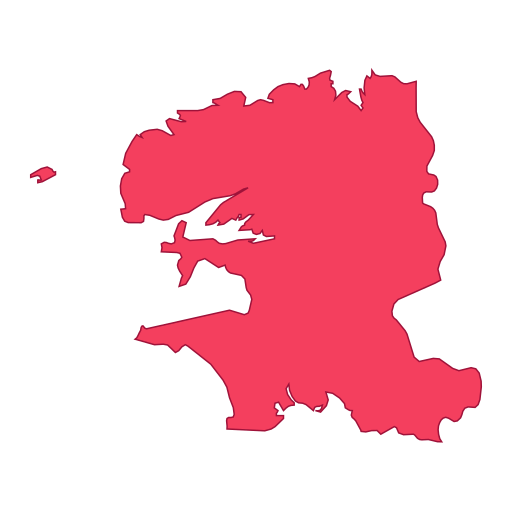 an SVG outline of Finistère
{"feature_id": "FRA-5292", "entity_name": "Finistère", "entity_type": "Metropolitan department", "adm_level": 1, "iso_a3": "FRA", "parent_name": "France", "parent_adm1": "", "projection": "mercator", "projection_center": [-4.177, 48.253], "detail": "fine", "context": "isolated", "style": "filled", "palette": "rose", "viewbox_px": 512, "rotation_deg": 0, "n_neighbors": 0, "source": "natural_earth", "source_scale": "10m", "svg_char_len": 5336}
<svg xmlns="http://www.w3.org/2000/svg" viewBox="0 0 512 512"><path d="M441.7,441.8L437.5,441.7L428.4,439.5L421.7,439.8L419.6,439.5L417.5,438.3L414.6,434.9L413.4,434.2L403.6,434.7L398.7,432.9L396.5,427.7L394.3,426.6L380.8,434.2L377.1,430.5L371.6,430.6L365.8,431.9L361.1,431.4L360.8,430.1L355.8,420.9L354.0,418.9L352.2,417.4L351.3,415.1L352.3,410.6L350.1,410.5L348.5,409.8L345.3,407.8L344.5,403.6L339.6,398.0L332.7,393.3L325.9,392.0L328.2,399.9L326.4,405.7L320.6,412.1L315.4,410.6L317.9,410.8L320.0,410.3L321.5,408.5L322.4,405.1L319.3,406.3L316.7,406.4L314.7,407.3L313.4,410.6L306.1,404.6L302.7,403.2L298.5,402.8L295.4,401.0L292.1,396.4L289.6,390.4L288.8,384.1L286.1,388.7L287.6,394.5L291.1,399.8L294.2,402.8L294.2,405.1L291.0,405.4L288.4,406.3L286.1,408.0L283.5,410.6L278.6,402.2L275.0,403.2L274.3,407.9L278.0,410.6L277.3,412.1L276.4,413.2L276.4,415.6L283.5,415.6L283.5,418.5L275.1,426.6L271.2,429.0L264.8,430.8L227.0,429.0L227.1,426.1L226.6,420.7L227.0,418.5L228.6,417.5L231.0,417.5L233.2,417.0L234.2,414.4L233.3,407.6L229.5,397.7L226.9,387.2L223.1,380.2L210.8,364.2L187.9,346.1L185.3,344.7L181.9,346.8L178.7,350.7L175.4,352.5L167.6,345.0L163.2,344.2L154.5,344.7L135.1,339.2L136.8,337.8L138.1,335.4L139.2,333.0L140.7,330.2L140.9,328.8L141.2,327.3L142.1,326.0L143.0,325.9L145.0,328.3L146.5,328.8L229.5,310.2L244.3,314.7L248.1,313.1L249.3,310.3L251.8,299.4L250.6,295.0L247.0,290.3L246.2,287.6L244.9,279.0L241.4,275.4L230.5,273.0L228.5,271.7L226.8,269.8L225.7,267.5L225.1,265.1L218.6,267.5L204.9,258.6L197.7,261.1L193.9,267.9L190.3,276.8L185.8,284.1L179.1,286.4L181.4,278.2L182.6,275.6L179.7,271.2L178.1,267.9L177.5,265.1L178.8,260.5L180.8,258.8L181.8,257.2L180.0,253.3L176.8,252.5L161.3,251.8L162.0,247.7L161.3,243.9L164.2,242.3L166.3,242.5L168.4,243.3L171.3,243.9L174.5,242.7L175.1,240.1L174.5,237.3L174.0,235.9L178.6,223.8L181.9,220.7L186.2,222.7L182.8,237.0L189.9,240.5L212.9,238.8L215.5,240.2L217.2,241.8L219.2,243.3L222.6,243.9L225.7,243.6L237.8,240.0L255.2,238.8L253.5,240.5L251.9,241.2L248.1,241.2L253.4,243.3L274.5,238.8L274.5,235.9L266.4,236.5L263.4,235.0L262.3,230.4L260.0,233.5L256.4,234.4L253.2,233.2L251.8,229.2L250.2,229.7L239.1,230.4L241.3,226.9L242.4,226.0L244.6,225.1L244.7,223.5L245.9,221.9L248.4,220.0L253.4,214.5L249.0,214.6L243.2,218.9L239.1,220.1L239.1,217.4L241.0,217.4L241.0,214.5L239.1,214.5L238.3,216.4L236.7,218.4L235.8,220.1L231.9,218.4L223.8,224.1L218.0,225.1L218.7,223.7L219.0,223.5L219.9,222.7L218.0,220.1L215.8,222.2L212.9,223.8L209.4,224.7L205.9,225.1L205.9,222.7L220.6,204.8L223.4,202.5L248.1,187.8L243.5,189.1L235.4,193.8L230.3,195.7L212.9,198.6L204.9,202.0L188.6,212.3L176.0,215.5L168.3,219.4L163.3,220.1L158.8,219.0L149.8,215.3L144.8,214.5L143.9,215.8L143.9,218.6L143.5,221.4L141.2,222.7L128.2,222.6L124.7,221.2L122.4,217.3L120.8,209.2L125.6,208.7L125.2,203.7L120.8,193.3L120.4,186.0L121.7,178.7L124.8,173.3L129.6,171.8L129.6,169.4L123.1,164.5L125.7,153.3L132.1,141.4L136.7,134.6L139.4,136.4L142.1,137.5L140.2,134.6L144.3,131.7L149.2,130.2L157.2,129.3L162.2,130.7L170.8,135.5L174.0,134.6L168.0,126.3L166.1,121.0L169.5,118.6L181.3,121.7L186.2,121.5L179.1,118.6L179.9,117.0L180.4,115.7L179.8,114.5L177.5,113.0L177.5,110.6L197.7,110.6L203.5,109.6L212.0,105.5L218.0,105.3L214.5,103.1L212.9,102.6L212.9,99.7L220.2,98.4L227.4,94.2L234.4,91.4L241.0,91.7L245.7,97.4L243.8,106.0L249.9,105.3L257.7,100.5L260.5,99.7L263.6,100.4L269.5,102.7L272.9,102.6L272.9,99.7L267.9,98.3L269.3,94.3L273.7,89.8L278.0,86.6L283.0,84.6L289.0,83.5L294.8,83.9L299.5,86.6L301.0,84.3L302.4,84.4L303.7,86.2L304.8,89.1L306.4,89.1L308.1,87.2L309.1,84.9L309.3,82.0L308.3,78.4L311.9,77.7L315.0,76.5L320.5,73.1L329.6,70.3L331.2,71.6L330.5,75.3L329.6,78.2L329.9,80.1L332.9,81.3L332.9,83.7L331.2,83.7L331.2,86.6L333.8,88.3L335.5,91.2L335.9,95.1L334.6,99.7L341.8,92.5L345.6,90.5L350.7,91.7L348.2,94.1L347.0,94.6L347.0,97.1L350.2,101.3L357.8,106.2L361.1,110.6L363.0,108.0L361.1,105.3L363.0,102.6L361.8,100.2L360.9,97.0L359.5,89.1L361.1,89.1L362.0,91.3L362.7,92.5L364.8,94.6L364.1,87.8L364.9,80.3L366.9,75.9L370.1,78.4L371.2,76.6L371.8,74.7L371.9,72.6L371.9,70.2L375.2,74.9L380.0,76.4L392.0,75.7L394.9,76.9L400.8,82.2L403.7,83.7L407.0,83.8L416.2,81.3L416.1,87.9L416.2,111.7L417.8,117.8L420.2,122.3L431.6,136.7L433.4,140.7L434.3,145.3L434.3,150.5L432.6,155.5L426.9,166.1L426.8,171.4L428.6,173.9L433.8,175.0L436.0,176.5L437.6,180.1L437.7,184.3L436.5,188.1L434.4,190.9L431.7,192.0L426.1,191.8L423.7,193.1L422.7,194.9L422.3,197.4L422.6,203.0L423.7,203.9L430.7,206.7L432.9,208.3L434.6,210.3L435.8,212.9L437.3,224.5L438.5,228.0L445.2,241.9L445.9,245.9L444.1,254.7L440.2,261.5L437.9,269.1L440.7,280.1L435.1,283.1L398.1,299.5L393.9,304.0L391.9,311.2L392.4,315.8L394.1,318.2L396.3,319.9L405.1,330.7L407.0,334.1L414.1,357.1L419.2,361.5L433.3,358.4L439.3,358.9L452.7,368.4L458.9,370.7L471.1,367.7L475.8,368.8L479.2,373.1L481.1,381.1L481.3,386.8L479.9,399.5L478.1,404.6L475.1,407.4L468.1,406.9L464.8,408.2L462.8,411.3L461.9,414.6L460.6,417.8L457.3,420.9L454.1,421.5L448.6,418.2L445.7,417.3L443.2,418.1L441.2,419.9L439.7,422.5L438.5,425.8L438.1,429.7L438.6,434.4L439.8,438.8L441.7,441.8ZM52.0,169.4L52.5,170.3L53.0,171.3L53.9,172.1L55.5,171.8L55.5,174.7L42.3,181.7L37.8,182.7L37.8,180.0L38.6,179.9L40.4,180.2L41.3,180.0L39.8,176.2L37.3,175.4L30.7,177.4L30.7,174.7L41.3,168.6L47.2,167.0L52.0,169.4Z" fill="#f43f5e" stroke="#9f1239" stroke-width="1.5"/></svg>